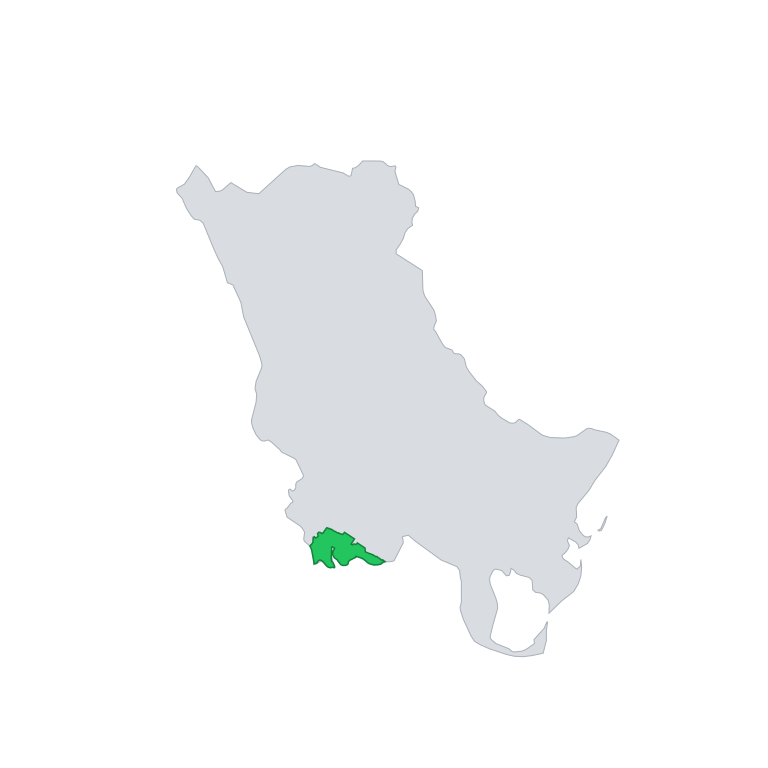 location of Saparmyrat Turkmenbasy, Tashauz, Turkmenistan, rotated 213°
{"feature_id": "10190150B43921321162948", "entity_name": "Saparmyrat Turkmenbasy", "entity_type": "district", "adm_level": 2, "iso_a3": "TKM", "parent_name": "Turkmenistan", "parent_adm1": "Tashauz", "projection": "natural_earth1", "projection_center": [58.279, 42.355], "detail": "fine", "context": "in_parent", "style": "filled", "palette": "green", "viewbox_px": 768, "rotation_deg": 213, "n_neighbors": 0, "source": "geoboundaries", "source_scale": "gbopen_adm2", "svg_char_len": 6078}
<svg xmlns="http://www.w3.org/2000/svg" viewBox="0 0 768 768"><g transform="rotate(213 384 384)"><path d="M240.4,267.5L271.7,269.2L281.3,270.4L285.3,266.1L285.1,265.1L283.6,264.2L281.3,261.2L279.3,241.1L282.1,238.2L285.2,236.2L289.7,229.9L292.2,227.9L295.7,226.3L307.7,225.9L312.7,224.7L317.0,217.5L317.9,213.3L321.1,210.0L322.9,210.0L331.0,212.9L332.8,214.4L335.5,219.6L338.5,219.3L339.0,218.4L338.6,217.3L336.3,214.0L331.3,208.0L326.3,204.3L325.9,203.1L330.1,200.1L338.6,201.4L340.8,200.4L343.0,195.7L354.3,206.3L356.4,207.4L365.3,208.8L366.9,210.3L369.9,216.5L373.0,218.1L376.8,219.3L392.7,219.5L397.7,223.6L398.5,224.6L397.6,227.5L397.3,233.1L396.1,235.3L396.9,236.3L402.6,238.6L405.9,242.2L406.3,243.8L405.3,244.8L402.7,244.3L401.4,245.9L401.4,248.8L403.3,251.6L403.9,254.1L401.2,259.9L401.2,262.3L402.1,263.7L416.5,272.5L418.8,272.8L432.7,271.1L435.3,272.1L447.5,274.1L450.9,273.8L453.2,271.0L455.4,269.9L457.5,269.8L463.3,271.6L469.5,275.4L473.5,278.8L475.6,281.9L481.4,299.1L485.2,306.1L489.6,309.8L492.7,316.5L495.5,331.2L497.2,334.2L503.9,340.0L538.2,363.8L548.6,374.6L564.7,384.8L570.5,383.7L583.2,394.6L591.2,398.8L601.5,405.4L623.2,420.4L627.8,421.0L632.9,418.9L637.5,420.1L645.6,423.9L654.4,429.7L661.8,431.7L664.0,434.2L664.1,435.6L660.2,442.9L659.9,452.2L660.6,464.6L658.6,464.8L644.0,461.3L630.1,453.6L626.9,456.1L625.2,458.7L622.1,469.5L603.4,470.1L592.6,475.4L583.3,510.5L581.2,514.8L575.1,520.5L564.6,526.1L563.0,528.4L562.6,530.5L561.3,531.2L555.4,531.1L533.0,538.8L528.0,538.8L526.1,539.4L525.2,540.8L527.8,547.8L525.8,549.8L524.4,553.3L523.4,559.4L508.7,568.9L505.6,570.0L499.6,569.1L496.6,570.1L493.4,573.1L491.9,572.2L491.1,569.1L489.5,567.2L480.2,559.5L469.6,560.7L465.6,560.1L462.4,558.8L457.5,554.4L454.3,550.2L451.0,550.7L450.1,548.7L449.9,546.4L450.8,543.6L450.5,538.4L448.6,534.6L446.5,532.9L448.8,526.8L448.8,522.3L447.2,517.3L446.6,510.2L446.9,503.3L444.8,499.8L413.6,500.0L402.4,483.8L397.8,479.9L382.3,473.1L378.0,469.4L374.4,465.4L373.5,459.8L371.8,456.6L369.3,456.1L357.2,449.6L352.3,448.0L345.7,449.5L341.7,447.7L337.2,450.2L335.2,450.4L330.2,448.8L324.1,443.0L319.0,440.6L308.2,436.9L300.6,435.8L294.0,433.5L293.3,432.7L293.1,427.8L292.2,425.7L290.3,423.3L287.6,421.5L276.2,421.6L270.9,419.8L266.8,419.5L257.6,419.8L254.7,421.2L253.0,422.7L251.8,427.5L250.9,428.2L242.0,428.4L223.2,427.3L215.3,429.7L203.0,437.1L196.0,443.3L193.9,446.0L189.6,457.0L187.8,458.6L185.4,459.8L182.9,460.1L171.7,464.4L167.4,465.4L156.3,464.9L153.9,448.6L153.1,435.8L154.6,418.0L154.2,406.6L156.2,389.3L155.6,385.1L150.0,377.4L149.3,372.1L145.9,371.8L140.3,367.4L134.8,365.6L132.1,365.5L129.5,366.8L127.6,369.4L126.4,365.3L126.5,361.1L131.0,352.4L133.7,354.9L137.1,355.9L145.6,355.4L144.8,352.4L140.5,349.4L139.7,345.4L140.1,341.3L141.3,337.4L140.0,335.9L138.0,334.9L133.4,335.0L121.6,333.6L120.1,338.1L123.3,344.1L118.0,337.3L114.4,330.3L112.2,322.1L111.9,313.2L116.8,299.0L120.8,281.6L125.2,288.9L128.6,292.1L135.9,294.2L139.5,293.7L143.3,291.8L147.1,292.4L152.8,300.0L157.0,300.8L165.7,297.9L169.8,297.3L173.3,298.6L177.0,298.6L175.5,295.1L174.8,291.6L177.0,289.8L183.8,291.7L189.3,289.7L190.3,288.8L190.8,285.9L190.1,279.9L188.9,277.4L185.8,273.9L173.8,265.5L169.8,262.1L166.5,257.8L161.2,240.5L157.2,229.5L155.6,228.2L148.6,227.3L135.2,230.0L130.5,229.4L128.3,230.6L122.7,235.2L120.1,239.2L116.4,248.3L119.0,251.2L116.6,266.5L117.8,273.1L117.3,273.5L113.4,265.4L108.1,257.3L103.9,244.9L112.0,236.8L118.9,231.0L126.3,226.7L133.9,223.9L151.1,219.4L160.5,217.8L168.1,217.5L174.0,220.2L189.8,230.2L196.6,235.8L198.5,238.0L200.4,243.4L211.8,260.8L214.6,263.3L219.0,268.8L223.4,270.5L240.4,267.5ZM125.3,392.3L124.9,394.7L122.9,387.6L121.9,379.9L123.4,377.8L124.9,377.9L123.4,380.7L125.3,392.3Z" fill="#d9dde1" stroke="#a8b0b8" stroke-width="1"/><path d="M319.9,235.0L320.0,234.3L321.0,233.9L322.2,233.4L322.3,233.2L322.6,232.7L322.6,232.3L322.7,232.1L323.0,231.7L324.4,231.8L324.4,232.6L324.4,238.0L336.3,238.1L336.5,236.8L336.6,235.5L336.6,235.4L338.6,234.8L339.1,234.5L339.2,234.4L339.3,234.4L339.5,234.4L341.0,234.5L341.2,234.2L341.5,233.8L344.6,233.8L344.9,233.5L349.2,233.5L349.4,233.5L349.8,233.0L349.9,232.9L350.8,233.0L351.0,233.1L351.9,232.6L352.0,232.6L352.9,232.6L353.8,232.1L354.0,225.3L354.3,225.3L354.7,225.3L354.8,225.1L355.0,224.7L357.0,224.7L357.4,224.4L358.1,223.9L358.2,222.1L356.4,220.7L356.4,220.4L356.6,219.3L356.9,218.8L357.3,218.1L357.4,217.9L357.8,217.4L359.2,218.0L359.4,217.6L359.9,216.9L358.9,215.0L358.3,214.1L357.4,212.5L357.4,212.0L357.4,209.7L357.6,209.5L357.8,209.3L357.9,208.0L357.9,207.9L357.9,207.7L356.8,207.2L355.9,206.6L354.3,205.4L346.2,196.9L344.6,194.9L344.4,195.3L344.1,195.5L343.9,195.8L343.7,196.2L343.3,196.6L342.9,197.5L342.8,198.1L342.8,199.1L342.9,199.6L342.5,200.4L342.1,201.3L341.2,201.8L338.5,201.9L337.0,201.4L335.7,200.9L334.5,200.5L333.2,200.3L332.4,200.0L331.2,200.0L330.4,200.2L329.0,200.6L327.4,202.1L325.5,203.0L325.7,203.8L327.4,205.1L329.8,206.5L331.8,207.0L332.3,207.8L333.9,209.9L334.8,211.5L335.0,212.3L335.7,213.3L336.1,213.8L336.6,214.5L336.8,214.8L336.9,215.6L337.5,216.1L337.8,216.8L338.3,217.5L338.8,218.1L339.1,218.9L338.7,219.3L338.2,219.2L337.7,219.4L337.1,219.1L336.5,219.5L335.8,219.3L335.7,218.0L335.8,216.7L335.2,215.0L334.6,213.2L333.5,212.6L332.5,212.1L331.1,211.2L329.4,211.2L328.3,211.0L327.5,211.2L326.5,210.5L325.2,210.1L323.7,209.5L322.9,209.3L321.7,209.0L320.4,209.3L319.7,209.4L319.2,209.7L318.6,210.2L318.0,210.5L317.4,211.2L316.5,212.2L316.2,213.0L316.3,213.8L317.0,215.4L316.9,216.5L316.5,217.9L314.1,221.9L313.8,222.3L313.3,223.3L313.8,224.0L312.8,224.4L312.1,224.9L311.1,224.8L309.7,225.3L308.9,225.6L307.9,225.5L306.9,226.0L305.9,225.8L304.8,225.8L302.4,225.6L300.6,225.2L298.5,225.3L295.7,226.1L293.9,226.7L292.1,228.1L290.5,229.3L288.9,230.7L288.4,231.7L288.2,232.8L287.7,234.2L286.5,235.6L289.4,235.8L289.7,235.1L296.2,235.4L296.5,235.1L296.6,234.8L296.7,234.7L300.3,234.8L300.5,234.7L300.6,234.4L301.3,234.4L302.7,234.3L304.0,233.8L304.9,233.7L306.8,233.4L308.2,233.0L310.6,236.1L319.8,236.2L319.9,235.0Z" fill="#22c55e" stroke="#15803d" stroke-width="1.5"/></g></svg>